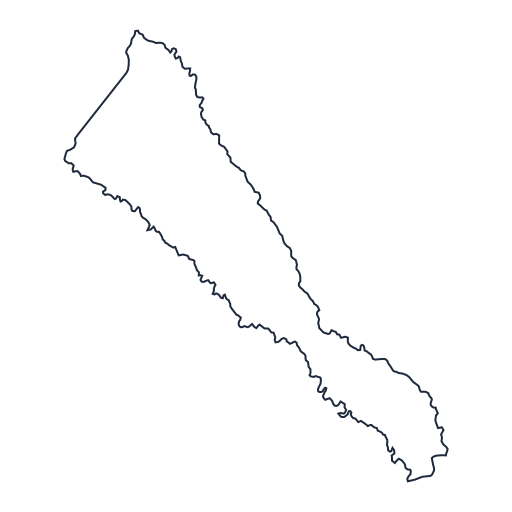 the district of Caçu, Goiás, Brazil
{"feature_id": "56859067B96243703619067", "entity_name": "Caçu", "entity_type": "district", "adm_level": 2, "iso_a3": "BRA", "parent_name": "Brazil", "parent_adm1": "Goiás", "projection": "robinson", "projection_center": [-51.053, -18.733], "detail": "fine", "context": "isolated", "style": "outline", "palette": "slate", "viewbox_px": 512, "rotation_deg": 0, "n_neighbors": 0, "source": "geoboundaries", "source_scale": "gbopen_adm2", "svg_char_len": 6041}
<svg xmlns="http://www.w3.org/2000/svg" viewBox="0 0 512 512"><path d="M445.9,455.4L446.1,453.8L447.3,450.8L447.6,448.9L446.1,446.8L443.8,444.9L442.8,443.5L441.5,441.2L442.0,437.8L441.1,434.3L443.5,430.1L441.8,427.3L438.0,428.1L435.6,421.5L435.4,419.5L435.7,417.9L436.0,415.4L437.0,414.5L437.8,413.2L435.9,409.1L435.7,407.6L433.6,407.6L431.5,406.2L430.7,404.8L430.7,403.0L431.9,399.5L431.2,397.9L430.2,397.0L429.1,395.4L428.3,393.2L426.2,392.0L424.8,391.7L421.1,391.8L420.1,390.5L419.5,389.1L419.0,386.7L417.9,385.4L413.1,381.9L409.1,377.0L406.4,375.0L402.3,373.5L398.6,373.0L396.6,371.9L394.9,371.6L393.5,371.0L392.4,369.5L390.0,365.6L388.6,363.9L387.2,360.7L386.0,359.6L384.6,358.9L380.2,359.1L375.2,359.6L373.0,358.9L372.0,356.3L370.9,354.4L368.7,353.0L366.4,351.1L364.6,350.5L364.2,347.2L363.4,345.4L361.7,344.9L360.7,346.1L360.2,350.0L357.9,350.2L355.9,348.6L354.2,348.0L350.4,345.7L348.5,343.6L347.8,341.6L347.9,337.7L345.4,336.7L341.1,337.8L339.3,334.6L337.1,334.3L335.9,332.0L334.3,331.4L331.5,330.2L329.8,333.4L328.1,334.0L323.4,332.4L319.2,328.0L319.0,326.2L318.2,323.3L319.0,319.4L318.7,318.0L317.3,315.4L317.0,313.2L317.6,311.5L319.3,310.2L318.0,307.0L317.1,305.9L316.1,305.0L314.4,304.1L312.8,301.0L311.4,299.8L310.2,298.4L307.4,293.5L304.3,291.4L302.5,289.3L300.4,287.6L298.8,285.5L299.1,282.9L300.3,281.3L300.3,277.7L300.0,275.0L299.3,273.0L298.2,271.0L296.6,269.4L296.4,267.0L297.0,264.8L295.8,260.1L292.5,257.8L291.2,256.2L291.2,250.8L289.6,247.8L287.2,246.4L284.6,243.5L283.5,241.3L282.2,235.8L279.7,233.5L277.0,226.9L273.4,222.1L271.1,220.6L270.5,216.8L268.5,214.3L266.8,210.7L264.4,209.5L260.5,205.7L257.8,203.6L258.0,201.5L260.2,198.3L260.0,195.4L258.7,192.7L254.6,191.8L253.7,189.2L251.1,185.0L247.6,181.7L245.3,175.6L245.2,173.2L243.8,171.5L240.7,170.2L238.7,167.6L237.3,167.2L230.7,161.8L230.4,157.6L227.3,154.2L227.5,151.4L224.2,146.9L220.6,145.1L219.0,143.5L219.2,135.4L216.5,133.9L213.4,134.3L211.1,132.5L210.2,129.0L209.0,127.5L208.9,126.0L207.5,125.3L205.5,123.0L205.3,120.4L203.4,119.7L201.7,117.3L201.0,114.2L201.2,112.3L202.9,110.0L202.3,108.3L199.9,107.1L199.6,105.3L201.7,102.5L202.2,100.7L203.5,98.8L202.4,97.4L199.2,97.5L197.2,96.9L196.1,94.8L195.8,89.4L194.9,87.7L195.6,82.6L196.4,79.5L196.3,76.6L195.2,74.7L192.8,74.4L191.1,75.9L189.6,75.7L189.3,73.7L189.8,71.7L190.2,68.5L188.4,68.4L184.9,68.8L182.5,66.9L181.8,63.2L180.8,60.9L180.1,57.2L178.8,56.5L177.5,58.0L175.8,58.6L174.8,56.7L174.4,54.5L176.4,51.7L175.9,49.3L173.8,48.3L172.0,49.1L171.4,51.5L170.3,52.5L169.2,50.9L167.9,49.5L165.4,47.8L164.7,45.1L162.9,43.3L160.1,42.7L155.8,43.0L153.6,41.9L147.7,40.5L144.0,37.8L142.6,34.6L140.4,33.8L138.9,32.9L138.0,30.7L135.2,31.1L134.9,34.0L134.0,36.2L131.8,39.0L130.9,43.8L129.6,46.1L127.7,48.2L126.6,50.6L126.1,52.7L127.8,55.5L128.8,59.6L128.7,64.7L128.0,69.7L126.4,72.9L78.9,133.3L75.1,138.4L75.1,140.3L75.6,143.1L75.1,145.0L74.0,147.3L70.1,149.8L66.9,150.9L65.8,153.8L64.4,159.1L65.2,161.0L68.8,163.3L71.3,163.2L73.7,165.5L72.6,169.4L73.3,171.8L76.0,171.2L77.7,171.2L80.1,173.9L80.9,176.0L83.8,175.7L88.0,177.1L89.5,178.1L92.9,182.3L101.1,184.7L105.6,187.9L105.4,190.1L103.0,191.6L103.1,193.2L105.3,195.0L107.4,194.3L110.0,194.8L111.5,195.7L114.6,199.0L116.0,198.5L117.3,196.1L119.8,197.2L119.9,199.6L120.6,201.5L121.8,201.0L122.8,199.6L125.5,200.1L129.9,204.4L131.4,206.7L131.5,209.4L132.4,211.0L134.9,211.2L138.1,207.1L139.3,207.7L140.0,209.5L140.0,211.9L141.0,214.1L141.5,216.1L143.2,217.9L145.3,219.0L148.2,221.9L149.0,223.4L149.7,225.2L147.5,230.2L150.9,229.4L153.6,226.6L154.9,228.7L155.5,230.6L157.2,231.9L159.0,231.8L160.3,233.8L161.8,236.4L162.8,239.5L164.4,240.8L165.2,242.6L167.1,243.5L169.3,245.4L173.4,247.6L175.2,247.0L178.7,255.4L183.1,254.5L186.4,255.4L187.9,256.0L189.2,259.0L193.4,260.1L194.4,261.1L194.4,263.8L195.7,266.7L197.0,270.3L198.9,272.3L198.8,275.5L200.8,275.2L202.2,275.8L200.5,279.9L201.6,281.6L203.3,282.0L206.9,280.5L208.3,280.2L209.8,282.4L211.0,283.3L213.8,282.3L215.5,284.9L214.7,286.2L213.9,288.3L213.9,291.1L212.7,293.8L214.4,294.5L216.1,293.4L217.6,293.9L218.7,294.6L221.1,297.9L222.8,298.2L223.5,295.4L224.9,294.7L226.1,298.3L227.4,299.6L228.8,300.3L229.5,302.4L230.2,303.7L230.3,306.3L231.8,308.7L236.3,314.6L238.0,315.3L240.8,317.6L240.2,319.9L239.2,321.1L238.6,323.5L239.1,325.8L240.5,327.1L242.5,327.1L244.2,326.1L247.8,327.2L249.3,326.4L252.1,324.0L254.3,326.9L256.3,328.1L258.3,325.6L259.6,324.6L264.4,328.4L268.4,328.6L271.3,332.4L273.6,332.7L275.3,337.5L274.7,340.0L275.5,342.3L277.9,342.0L279.7,340.9L281.5,339.0L283.8,338.0L286.4,339.4L286.7,341.4L288.3,342.4L289.8,343.8L292.0,343.0L293.8,341.8L295.1,341.6L296.7,342.9L297.0,345.1L299.2,348.0L300.7,351.3L304.0,353.7L305.2,355.1L305.6,356.7L305.5,358.3L305.9,360.3L308.0,362.0L308.7,367.0L310.4,369.1L310.5,373.1L309.6,375.3L310.8,376.4L313.7,376.9L315.7,376.1L320.4,377.6L320.9,379.4L320.6,383.5L318.4,388.0L318.0,389.8L318.2,391.3L319.4,392.0L321.2,392.0L322.6,391.3L323.6,389.5L325.0,387.8L326.3,388.2L325.8,390.6L324.8,391.8L323.0,396.1L323.4,397.7L325.2,399.8L329.7,398.2L332.1,400.8L333.5,404.3L334.8,405.7L336.2,405.9L337.8,405.4L339.2,403.6L340.6,401.5L344.8,404.2L344.6,405.9L344.6,407.4L346.2,410.0L345.0,412.6L343.6,413.6L340.5,413.0L338.4,413.6L340.9,416.7L342.2,417.0L344.3,417.0L347.6,414.4L348.9,411.2L350.4,411.2L351.4,412.8L350.7,414.5L351.5,416.2L353.1,418.1L355.3,418.5L358.3,422.1L361.0,420.9L366.0,424.4L367.8,426.1L369.9,425.1L371.5,425.0L372.6,426.1L374.4,427.4L376.9,428.1L377.7,430.6L380.4,431.8L382.0,432.8L383.2,434.7L384.9,434.9L385.7,437.0L387.3,440.0L387.3,442.4L386.9,444.7L387.9,447.2L388.1,450.2L389.8,451.6L391.2,451.2L392.5,447.9L394.1,450.2L394.4,453.5L391.7,455.5L392.0,457.5L392.0,460.7L394.9,463.0L396.7,460.6L398.8,458.7L401.7,460.3L404.2,463.3L405.1,464.9L405.3,467.3L406.3,468.6L407.9,469.5L410.2,469.7L410.8,471.1L410.5,474.1L408.5,476.4L407.3,478.6L407.9,481.3L414.7,479.7L422.2,476.8L430.4,475.9L432.0,474.7L434.1,470.4L433.9,467.5L433.1,464.8L431.8,458.1L433.5,456.6L436.6,455.6L442.0,455.2L445.9,455.4Z" fill="none" stroke="#1e293b" stroke-width="2"/></svg>